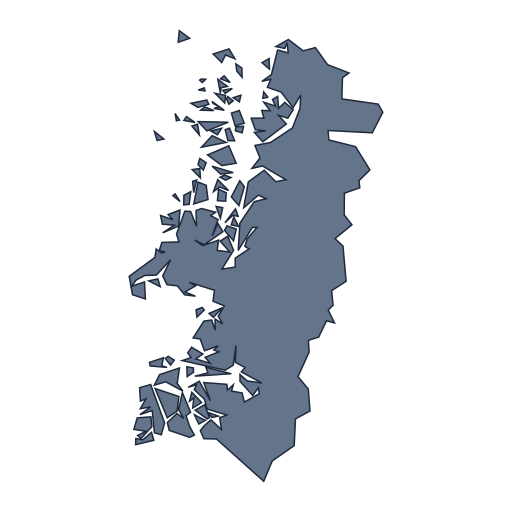 the border of Aisén del General Carlos Ibáñez del Campo
{"feature_id": "CHL-2691", "entity_name": "Aisén del General Carlos Ibáñez del Campo", "entity_type": "Region", "adm_level": 1, "iso_a3": "CHL", "parent_name": "Chile", "parent_adm1": "", "projection": "albers", "projection_center": [-74.056, -46.391], "detail": "fine", "context": "isolated", "style": "filled", "palette": "slate", "viewbox_px": 512, "rotation_deg": 0, "n_neighbors": 0, "source": "natural_earth", "source_scale": "10m", "svg_char_len": 6119}
<svg xmlns="http://www.w3.org/2000/svg" viewBox="0 0 512 512"><path d="M349.0,73.0L342.5,77.7L341.8,98.9L378.2,104.1L382.8,112.3L372.3,132.8L328.1,130.5L328.8,139.9L355.6,146.7L369.9,169.9L359.0,180.7L359.8,187.8L344.4,193.2L344.2,214.9L351.9,224.8L335.0,238.6L343.0,246.1L346.1,281.3L331.6,290.7L333.1,305.2L328.2,310.1L334.5,322.9L326.5,320.8L318.7,337.1L308.4,340.3L309.1,352.2L298.0,376.6L308.3,389.1L310.0,411.0L295.5,418.9L294.2,445.6L272.3,460.9L263.7,481.3L216.5,439.0L203.9,438.7L200.3,430.7L204.1,425.8L210.9,419.8L221.5,429.6L219.7,417.8L226.8,415.0L207.0,409.0L204.5,399.3L194.3,389.7L196.5,384.8L188.2,387.3L199.3,381.3L210.4,400.8L203.8,382.6L226.9,384.3L227.5,390.1L233.3,384.8L231.5,391.1L242.1,392.9L244.4,402.1L259.2,393.7L258.5,387.7L252.7,395.5L240.0,381.3L240.0,374.5L247.2,380.9L261.9,383.1L241.3,371.9L245.0,367.5L235.4,362.4L236.0,345.4L233.2,365.2L225.2,370.2L182.2,360.6L191.1,357.5L187.7,352.9L191.6,347.2L202.9,354.0L195.7,358.9L210.3,363.4L205.1,357.3L218.9,351.8L213.8,350.0L218.2,345.9L204.5,350.8L200.2,339.0L193.1,337.9L203.9,321.1L211.7,320.0L215.2,330.2L215.1,319.0L222.6,323.9L218.2,316.2L224.4,306.0L213.0,301.2L214.5,290.3L189.3,282.3L195.5,285.9L185.0,292.0L195.5,296.2L184.6,294.8L177.3,285.8L167.0,284.7L162.7,275.9L170.6,259.8L156.3,275.1L144.8,275.5L136.2,280.0L131.7,286.3L144.5,281.9L145.4,299.0L132.5,294.7L129.2,276.3L155.0,257.3L156.2,249.0L161.2,252.8L165.3,252.3L159.4,250.2L161.9,242.4L179.0,241.9L176.5,234.1L184.8,211.2L190.6,211.4L196.5,226.4L196.0,210.5L201.6,208.5L215.6,212.2L210.7,215.7L218.1,219.5L212.2,235.8L217.9,223.5L222.9,231.7L204.2,244.7L194.6,240.0L202.7,245.6L218.6,240.1L217.1,250.4L229.7,252.0L220.2,241.1L227.7,236.2L233.6,250.3L221.9,269.1L235.2,267.1L235.2,258.2L249.1,248.8L244.8,246.4L247.2,238.9L257.1,227.3L252.4,227.5L238.2,250.4L239.9,223.2L254.2,201.7L266.1,198.7L258.3,195.2L243.7,207.8L248.3,181.9L264.2,170.2L275.8,181.7L285.9,179.7L262.5,166.0L251.9,168.4L260.0,157.9L254.9,145.5L270.5,142.5L292.5,127.9L300.1,108.1L300.7,95.1L293.1,107.6L281.1,92.1L267.4,87.3L270.7,79.3L261.9,81.4L271.4,74.6L277.6,50.0L288.2,52.9L287.1,42.8L284.8,48.4L275.9,46.6L288.4,39.5L303.2,50.8L315.4,47.6L327.5,64.6L349.0,73.0ZM251.2,118.2L263.9,118.1L261.8,110.4L270.1,110.7L263.8,102.2L275.5,106.1L272.5,99.5L277.6,96.4L278.6,108.3L284.8,102.4L293.2,109.7L287.8,118.2L278.5,115.3L286.4,124.0L262.8,141.8L254.4,132.4L265.6,130.8L255.3,129.8L251.2,118.2ZM161.3,434.8L154.4,432.7L152.2,410.6L139.9,414.6L150.7,406.9L140.3,408.7L145.9,398.9L140.4,401.1L139.6,387.7L150.7,384.5L164.6,422.9L161.3,434.8ZM189.9,427.0L194.4,435.1L189.6,437.3L169.3,430.4L167.3,422.6L176.9,413.5L183.7,418.4L178.6,409.7L182.4,392.6L190.6,412.3L186.0,415.6L189.9,427.0ZM167.3,417.8L155.1,388.5L178.9,396.5L177.1,411.1L167.3,417.8ZM236.2,163.2L221.9,165.6L207.5,154.9L228.8,145.8L236.2,163.2ZM154.3,385.2L159.6,374.6L179.5,368.0L177.2,383.4L182.9,391.1L165.7,381.8L154.3,385.2ZM198.2,121.6L228.3,122.2L206.9,130.9L198.2,121.6ZM231.3,373.7L194.7,376.2L208.0,372.9L205.9,367.4L231.3,373.7ZM180.0,210.0L178.6,226.1L162.7,232.8L174.3,225.2L162.3,224.2L160.6,215.5L172.9,219.7L168.1,214.5L180.0,210.0ZM151.9,426.6L141.0,438.5L137.6,435.4L146.1,431.3L133.9,429.4L137.2,417.9L150.9,416.8L151.9,426.6ZM193.7,204.0L198.1,182.1L206.2,185.3L208.0,199.5L193.7,204.0ZM239.8,180.7L244.3,186.7L238.9,205.6L231.3,196.9L239.8,180.7ZM201.5,147.2L212.2,135.6L226.2,142.4L201.5,147.2ZM212.1,166.2L233.2,172.6L220.7,174.1L212.1,166.2ZM213.2,54.0L229.1,48.9L234.9,58.8L225.5,55.0L221.7,62.5L213.2,54.0ZM239.3,110.5L244.2,123.2L235.2,125.9L231.4,113.1L239.3,110.5ZM217.4,200.7L218.5,189.2L226.3,192.8L225.7,201.2L217.4,200.7ZM167.1,367.4L150.2,366.0L149.4,362.4L163.4,357.8L161.8,365.8L167.1,367.4ZM217.8,179.6L228.5,190.5L219.7,187.0L213.5,191.6L217.8,179.6ZM192.7,408.0L193.8,398.0L189.5,401.2L191.8,392.3L201.6,402.5L192.7,408.0ZM236.3,229.0L233.5,240.8L224.5,230.4L227.0,225.9L236.3,229.0ZM197.8,107.4L191.0,103.3L206.8,100.0L208.8,104.3L197.8,107.4ZM151.5,432.3L153.8,440.3L135.6,444.7L135.8,438.6L142.8,439.8L151.5,432.3ZM209.1,313.4L222.6,307.6L213.4,317.3L209.1,313.4ZM178.2,42.3L179.3,30.7L189.6,38.3L178.2,42.3ZM190.8,191.6L189.2,204.3L183.7,204.9L183.9,195.3L190.8,191.6ZM195.2,410.2L204.7,404.7L209.5,417.6L207.0,419.0L195.2,410.2ZM235.5,208.8L238.1,216.3L232.8,215.3L224.9,222.8L235.5,208.8ZM225.2,129.7L229.5,128.1L234.6,140.8L227.9,140.6L225.2,129.7ZM154.4,131.5L163.9,139.0L157.1,140.5L154.4,131.5ZM220.4,93.3L217.8,79.3L227.4,86.4L220.9,87.8L220.4,93.3ZM199.8,168.5L200.4,177.9L192.2,169.6L199.8,168.5ZM216.1,206.4L222.7,207.7L220.4,218.3L216.1,206.4ZM269.5,69.1L262.0,62.7L269.1,58.5L269.5,69.1ZM197.5,124.1L199.4,135.0L191.9,126.1L197.5,124.1ZM174.3,360.1L170.5,365.1L165.3,358.5L168.2,356.3L174.3,360.1ZM206.2,162.7L203.3,170.1L198.0,164.6L199.8,158.5L206.2,162.7ZM198.8,424.0L194.5,414.8L205.3,420.4L198.8,424.0ZM219.4,106.8L213.3,103.6L212.0,101.4L224.3,110.3L213.9,108.4L219.4,106.8ZM204.8,106.9L213.9,110.6L200.7,110.2L204.8,106.9ZM186.8,366.8L193.4,367.9L193.5,372.3L187.2,376.6L186.8,366.8ZM235.9,63.9L241.9,68.0L242.1,77.3L236.8,71.2L235.9,63.9ZM196.1,309.8L202.1,307.4L204.3,310.0L196.9,317.1L196.1,309.8ZM186.5,116.6L195.1,122.5L183.9,120.4L186.5,116.6ZM148.8,280.9L157.9,278.9L160.2,286.7L148.8,280.9ZM218.2,416.1L211.8,417.5L208.0,412.4L218.2,416.1ZM221.6,128.3L217.4,134.8L210.9,131.0L221.6,128.3ZM243.5,126.2L242.2,132.9L235.4,130.8L235.8,127.0L243.5,126.2ZM215.1,93.3L225.5,95.4L224.7,103.0L215.1,93.3ZM224.1,75.8L230.1,82.5L220.5,78.8L224.1,75.8ZM233.8,217.1L238.6,226.5L231.2,224.9L233.8,217.1ZM231.0,177.5L225.6,180.2L220.1,177.2L224.6,175.1L231.0,177.5ZM193.7,192.6L192.6,181.3L196.7,180.0L193.7,192.6ZM175.1,113.5L179.5,120.1L176.4,120.8L175.1,113.5ZM233.2,100.8L228.9,104.2L226.4,98.8L227.7,96.6L233.2,100.8ZM232.4,88.5L225.2,93.4L222.8,90.3L232.4,88.5ZM175.1,193.9L180.0,201.5L172.9,195.7L175.1,193.9ZM262.9,98.3L263.7,91.9L267.7,96.8L267.7,97.3L262.9,98.3ZM239.4,101.8L233.2,97.7L240.9,95.2L239.4,101.8ZM198.3,90.0L204.3,87.9L205.0,90.9L198.3,90.0ZM205.7,79.3L202.3,82.5L199.6,80.1L201.2,79.0L205.7,79.3Z" fill="#64748b" stroke="#1e293b" stroke-width="1.5"/></svg>